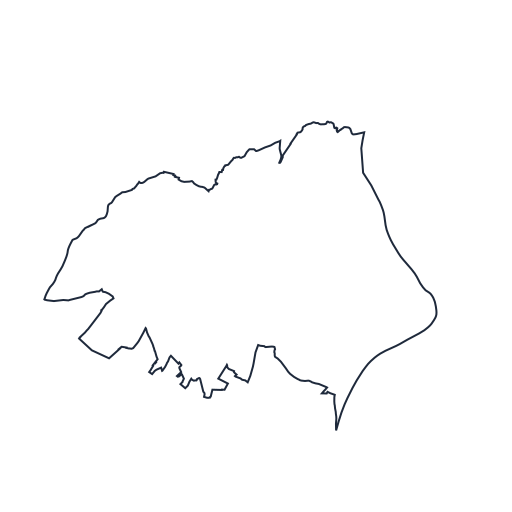 the district of Soledad, Atlántico, Colombia, rotated 17°
{"feature_id": "7082276B16795204487945", "entity_name": "Soledad", "entity_type": "district", "adm_level": 2, "iso_a3": "COL", "parent_name": "Colombia", "parent_adm1": "Atlántico", "projection": "equal_earth", "projection_center": [-74.779, 10.91], "detail": "fine", "context": "isolated", "style": "outline", "palette": "slate", "viewbox_px": 512, "rotation_deg": 17, "n_neighbors": 0, "source": "geoboundaries", "source_scale": "gbopen_adm2", "svg_char_len": 6104}
<svg xmlns="http://www.w3.org/2000/svg" viewBox="0 0 512 512"><g transform="rotate(17 256 256)"><path d="M105.4,239.1L104.2,240.7L104.0,241.3L102.5,246.8L102.0,247.7L100.7,248.9L99.9,250.5L99.9,251.3L100.0,252.3L101.0,256.7L101.1,259.5L100.9,261.7L100.4,262.9L99.8,263.8L98.9,264.5L96.3,265.8L95.1,266.8L94.2,267.7L93.4,270.3L93.0,271.2L92.5,271.9L88.2,276.0L88.2,275.8L84.5,279.2L84.2,279.7L83.7,281.1L82.9,282.5L80.8,288.9L80.0,290.4L79.2,291.5L76.3,293.8L75.8,294.4L75.0,298.6L74.6,301.2L74.4,303.6L74.4,305.4L74.8,308.0L74.9,309.5L74.9,312.0L74.6,316.2L73.9,322.4L73.1,325.9L71.8,330.5L71.3,333.1L71.1,335.4L71.1,337.2L70.7,339.5L69.9,342.2L68.1,346.1L67.6,348.2L66.7,352.9L66.4,355.5L66.3,359.3L67.2,359.4L67.2,359.5L69.2,359.4L75.9,358.2L84.6,354.4L89.6,353.3L90.7,352.5L101.2,346.2L102.8,344.8L104.0,342.5L105.6,341.2L107.8,339.7L112.6,337.3L114.0,336.4L116.2,335.8L118.2,332.9L119.5,334.5L120.0,334.9L120.5,334.9L122.6,334.6L126.3,335.1L130.8,336.6L132.1,338.2L129.6,341.3L126.6,345.8L125.5,349.6L124.5,352.2L124.0,352.9L124.3,353.0L124.4,353.3L123.9,356.0L117.9,372.1L117.2,373.9L117.0,374.6L115.9,376.7L114.8,379.3L111.6,384.8L111.8,384.8L111.0,386.7L126.6,394.2L145.4,396.8L151.1,387.4L152.7,384.7L152.3,384.7L154.0,382.1L158.9,381.4L158.9,381.8L161.7,381.6L162.0,381.4L164.1,381.1L165.5,380.0L167.9,374.1L168.7,371.8L170.7,362.3L171.5,357.2L172.0,357.5L174.1,360.9L177.0,364.3L177.9,364.9L182.6,370.2L184.0,372.0L184.1,372.4L185.5,374.2L186.8,376.4L187.2,376.5L190.3,381.3L192.1,383.5L191.0,386.2L191.6,386.7L191.1,387.9L190.5,387.5L189.2,390.8L189.8,391.1L188.9,394.4L188.7,395.5L187.8,398.2L191.2,399.3L192.8,395.4L194.1,393.8L197.9,390.5L199.8,393.3L200.0,393.1L201.5,388.6L202.1,385.3L202.1,384.5L202.7,382.4L202.9,379.0L203.1,377.9L203.8,376.3L213.3,381.6L213.8,380.2L216.5,382.1L216.5,382.6L215.3,384.5L215.3,385.2L215.7,385.9L218.4,388.9L215.5,393.9L216.5,394.3L217.6,393.6L219.4,390.7L219.9,391.0L222.9,394.4L222.4,398.0L222.5,398.1L221.2,400.6L227.0,403.1L228.7,399.9L229.1,395.6L230.0,392.3L230.9,393.0L233.0,393.4L234.3,392.7L235.3,392.5L235.5,392.3L235.6,390.9L237.3,389.3L237.7,389.3L238.5,389.9L245.3,401.2L246.6,402.0L247.0,402.6L247.3,403.5L247.5,405.9L248.0,405.9L250.5,405.9L251.8,405.6L253.3,404.9L253.2,404.4L253.5,404.1L253.8,403.7L253.4,396.6L262.5,394.1L262.5,393.7L265.0,393.1L266.4,386.2L255.8,384.3L259.8,369.8L260.0,368.6L260.3,368.9L261.1,370.9L263.1,372.0L268.7,372.5L268.8,373.4L269.7,374.0L272.1,375.1L271.0,377.0L271.7,377.3L277.0,377.6L278.9,378.4L282.1,378.1L285.0,379.2L285.6,372.3L285.4,362.7L285.1,359.5L283.7,348.3L284.1,340.5L286.2,340.6L290.3,339.8L291.4,340.3L291.8,340.3L297.2,338.1L298.7,337.7L300.2,337.6L301.1,338.9L301.5,339.7L301.3,340.4L301.3,340.9L301.6,342.6L302.3,343.5L303.0,345.7L303.5,346.6L303.9,346.9L306.7,347.7L310.7,349.8L317.4,354.7L320.5,357.2L323.0,358.7L327.7,360.5L331.9,361.5L333.2,361.6L334.0,361.9L335.7,361.9L339.4,361.2L342.5,359.9L343.1,359.8L345.2,360.0L346.5,360.4L350.2,360.4L353.5,360.0L361.5,360.8L362.4,361.0L361.2,363.8L360.6,364.8L359.2,368.1L363.8,366.8L364.1,365.0L367.2,365.5L371.9,365.7L372.2,368.1L373.4,372.2L374.4,374.8L374.9,375.6L376.2,378.7L377.8,381.7L378.5,383.5L379.7,386.1L380.4,388.1L381.5,393.0L383.6,399.4L383.4,389.8L383.5,380.7L384.1,372.0L385.0,365.0L386.9,353.8L388.7,345.4L391.7,334.6L393.5,329.6L394.8,326.3L396.6,322.8L399.2,318.5L401.2,315.7L403.4,313.0L407.6,308.7L416.2,301.1L419.2,298.2L425.3,291.7L434.6,282.4L438.7,277.8L441.3,274.0L442.7,271.6L443.6,269.6L444.9,265.4L445.6,262.3L445.7,260.9L445.6,259.2L445.1,257.2L444.4,255.3L442.8,251.8L441.6,249.6L440.4,247.5L439.0,245.7L437.6,244.0L435.8,242.4L434.0,241.1L432.4,240.4L428.2,239.2L424.8,237.1L420.9,234.0L415.9,228.9L412.8,226.2L408.4,223.1L398.2,216.7L394.5,214.2L391.2,211.5L383.6,204.7L380.3,201.4L377.9,198.7L375.7,196.0L373.3,192.8L370.9,188.6L367.2,180.6L365.4,177.2L364.0,175.0L360.7,170.7L358.4,168.0L356.6,166.3L345.6,154.8L334.1,145.1L325.2,122.2L324.1,114.2L323.3,106.1L316.5,110.0L314.0,111.1L313.2,111.3L312.1,110.9L311.7,110.6L309.1,107.0L307.7,106.2L306.6,106.1L303.3,106.7L302.4,107.2L301.5,108.7L300.4,109.8L300.1,110.6L299.3,111.2L299.1,111.6L297.9,113.6L297.1,113.3L297.1,112.4L296.5,112.2L296.4,110.1L295.4,109.7L295.1,109.8L294.5,110.7L293.6,110.6L293.3,110.3L291.6,107.1L291.0,106.7L288.9,106.2L288.5,106.2L287.2,106.9L285.8,106.5L285.3,106.5L284.8,106.9L284.7,107.1L284.5,108.6L284.1,109.3L282.8,110.0L279.3,111.2L278.0,111.2L276.3,110.7L274.7,111.3L272.8,111.2L271.9,111.3L271.2,111.8L269.7,113.4L267.8,114.4L265.8,115.9L265.4,116.3L265.1,117.1L263.8,118.2L263.2,119.3L263.2,120.1L263.5,121.3L263.3,122.3L262.7,123.9L262.1,124.7L259.7,125.9L259.2,127.7L259.5,127.9L256.1,138.4L256.4,138.6L252.2,152.1L252.7,153.7L252.1,158.7L251.8,159.7L251.5,160.0L251.0,160.0L251.4,156.4L251.3,154.6L251.1,153.3L250.6,152.1L247.6,147.2L247.1,146.0L245.5,138.8L245.1,139.3L241.3,142.1L237.7,146.0L232.9,149.5L227.6,154.2L225.9,155.4L225.3,155.6L223.0,154.5L218.6,155.8L218.2,156.4L216.8,159.4L215.8,163.9L213.2,166.4L212.2,166.6L210.7,166.1L209.7,166.9L208.2,167.4L207.3,168.3L206.1,168.6L205.8,169.3L205.4,171.0L204.5,172.6L202.8,176.7L202.4,177.1L200.1,178.3L200.2,178.8L199.6,179.4L199.2,180.9L199.1,181.9L199.3,183.3L198.5,183.5L198.6,185.8L196.4,186.4L196.3,188.3L196.1,188.6L196.0,189.1L196.0,192.9L195.8,194.5L195.0,194.8L195.5,196.3L196.0,197.3L196.9,197.9L197.8,198.0L197.8,198.7L197.2,199.2L196.0,199.5L195.4,200.1L195.2,200.4L194.7,203.3L194.5,204.0L194.2,204.6L193.1,205.3L192.3,206.3L191.7,206.5L191.7,207.9L187.2,205.8L186.4,205.6L184.3,205.6L183.0,205.9L181.0,206.0L178.2,205.5L175.5,204.7L174.4,203.8L172.8,203.1L170.6,204.3L165.7,206.1L162.8,206.3L159.6,205.5L159.5,203.7L155.9,204.0L155.9,203.6L155.1,203.7L155.0,202.7L153.3,202.8L153.2,201.7L143.3,202.4L143.3,203.5L142.7,203.5L140.1,204.9L136.7,209.2L130.5,213.4L129.7,214.3L127.5,217.8L126.7,218.7L125.8,219.4L124.5,219.9L123.9,219.9L122.6,219.3L122.0,221.5L121.6,222.0L121.0,224.1L120.0,226.2L119.8,226.9L119.6,227.1L118.3,228.0L118.0,229.1L112.4,233.0L109.4,234.2L108.2,235.9L105.4,239.1Z" fill="none" stroke="#1e293b" stroke-width="2"/></g></svg>